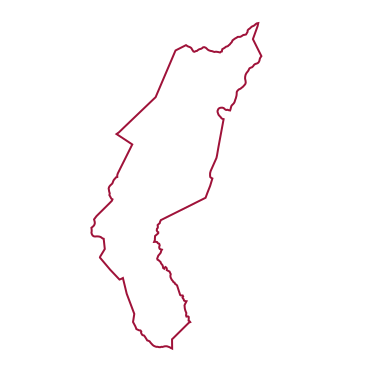 Jacobina, Bahia, Brazil (Albers equal-area conic projection), rotated 75°
{"feature_id": "56859067B82313605605441", "entity_name": "Jacobina", "entity_type": "district", "adm_level": 2, "iso_a3": "BRA", "parent_name": "Brazil", "parent_adm1": "Bahia", "projection": "albers", "projection_center": [-40.536, -11.082], "detail": "fine", "context": "isolated", "style": "outline", "palette": "rose", "viewbox_px": 384, "rotation_deg": 75, "n_neighbors": 0, "source": "geoboundaries", "source_scale": "gbopen_adm2", "svg_char_len": 4367}
<svg xmlns="http://www.w3.org/2000/svg" viewBox="0 0 384 384"><g transform="rotate(75 192 192)"><path d="M201.1,180.4L196.6,177.2L190.8,172.9L184.2,168.8L183.2,169.9L182.2,170.5L180.8,170.3L179.4,169.9L178.4,169.6L176.5,168.5L165.5,159.6L163.2,158.4L155.8,155.0L129.8,142.6L129.1,143.8L128.3,144.5L127.3,144.8L125.9,145.6L124.2,146.4L122.8,146.5L121.5,146.6L120.4,146.4L119.4,145.7L118.6,145.0L118.1,144.0L118.0,142.8L118.3,141.1L119.1,139.7L120.5,138.9L121.6,137.8L121.8,136.3L122.5,135.4L123.1,134.1L121.9,133.3L120.6,132.6L119.1,131.7L118.4,130.8L117.8,129.7L117.1,128.6L116.2,127.7L115.0,126.9L114.0,126.3L112.8,125.4L111.9,124.9L110.5,124.1L109.0,123.5L107.6,123.1L106.6,122.6L105.8,121.6L105.0,120.1L104.8,118.5L104.2,117.2L103.5,115.5L102.7,114.3L102.0,113.2L101.3,112.4L100.2,111.8L98.5,111.5L96.3,111.4L94.6,110.9L92.8,110.0L91.6,109.0L90.8,108.1L90.1,107.1L89.3,106.1L88.3,105.3L87.4,104.4L87.1,103.0L87.0,101.7L86.3,100.4L85.2,99.1L84.7,97.7L84.7,96.2L84.3,94.6L83.6,93.7L82.5,92.8L81.2,92.2L80.1,91.4L78.7,89.8L60.1,93.6L48.9,85.8L46.0,84.3L45.9,85.8L46.3,87.0L47.2,88.6L47.5,89.9L47.7,91.3L48.3,92.6L49.0,93.8L49.5,95.3L50.3,96.4L51.7,96.9L52.5,97.7L53.8,99.0L53.8,100.6L53.6,101.7L54.0,102.9L54.4,104.1L54.6,105.2L54.3,106.5L54.0,107.8L54.5,108.9L54.8,110.4L55.5,112.3L56.1,113.7L57.0,114.3L57.8,115.2L58.5,116.4L59.2,117.2L59.7,118.4L60.4,119.7L60.5,121.7L61.1,123.0L61.5,124.3L61.9,125.8L62.9,126.3L64.0,126.8L64.0,127.8L64.5,128.8L63.5,130.6L62.7,132.5L62.5,134.2L61.8,135.2L61.0,136.4L60.6,137.4L59.7,138.8L58.5,140.0L57.4,140.6L56.2,141.4L55.3,142.6L55.1,143.8L55.7,145.0L56.0,146.2L56.0,148.1L56.5,149.7L57.0,150.7L56.9,152.0L57.2,153.3L56.7,154.2L55.4,154.7L54.1,155.1L52.9,155.4L51.9,156.1L50.9,157.4L50.2,158.4L48.6,159.8L51.0,171.2L51.8,171.9L53.2,173.0L91.0,202.6L92.4,205.2L112.1,241.1L115.5,247.2L116.5,249.9L120.2,246.6L130.6,237.4L141.8,247.3L143.4,248.7L148.9,253.6L154.9,258.9L156.5,259.9L158.2,260.3L158.2,261.7L159.0,262.7L159.6,263.7L160.5,264.8L161.6,265.6L163.1,266.7L163.7,267.7L164.4,269.1L165.1,270.1L166.0,271.0L167.1,271.6L168.4,271.7L170.3,271.9L172.0,271.8L173.6,272.6L175.1,272.2L176.6,271.9L177.6,271.6L178.5,270.7L179.7,271.6L180.6,273.1L181.5,274.6L189.2,288.1L190.6,290.5L193.1,293.7L194.5,293.7L195.8,293.7L197.1,294.0L198.3,294.7L199.2,295.7L199.9,297.0L200.5,298.4L201.9,298.6L203.0,298.8L204.0,299.1L205.4,299.7L207.0,299.6L208.4,299.2L209.4,298.3L209.9,297.2L210.1,296.0L210.5,294.5L211.0,293.2L211.8,291.9L212.9,291.0L213.7,290.4L214.3,289.4L224.5,291.0L229.1,295.8L230.6,297.4L231.5,297.9L234.3,296.6L244.7,291.7L245.6,291.3L257.8,284.7L257.6,282.8L257.2,281.0L273.4,281.4L285.5,280.2L294.8,279.3L296.2,279.9L302.3,282.6L307.1,281.5L308.6,281.3L310.0,281.2L311.0,280.0L312.0,278.8L312.4,277.6L313.6,277.1L314.7,277.6L315.7,277.5L317.4,276.9L318.1,275.6L319.1,275.1L320.6,274.6L322.2,274.1L323.7,273.7L324.5,272.5L325.3,271.6L326.4,271.2L327.5,270.7L328.4,270.2L329.4,269.7L330.5,268.9L331.3,268.0L331.9,267.2L332.4,266.3L332.6,265.3L333.3,264.1L333.7,262.8L333.6,261.7L334.0,260.7L334.0,259.6L334.0,258.0L334.5,256.2L335.5,254.7L336.3,253.6L337.2,252.8L338.1,251.7L329.1,249.4L328.3,247.9L317.4,228.8L317.2,227.4L316.2,227.8L315.3,228.6L313.7,228.0L311.9,227.5L311.1,228.1L310.9,229.6L309.9,229.7L308.7,229.3L307.4,228.8L305.9,229.0L304.7,229.1L303.2,229.1L302.0,229.0L301.0,228.8L299.6,228.6L298.2,227.5L297.0,226.4L296.1,225.6L295.7,226.7L294.8,227.8L293.4,227.8L292.5,228.3L291.5,228.5L290.7,227.6L289.5,227.8L289.1,229.4L288.4,230.1L278.4,230.6L277.4,231.2L276.2,232.2L275.0,232.3L274.3,233.2L272.9,233.6L271.5,234.3L270.4,234.5L268.9,234.8L267.4,234.6L265.8,233.8L264.3,234.1L263.0,234.3L262.1,235.3L260.9,236.6L259.6,236.2L258.6,236.3L257.6,237.0L258.0,238.0L258.9,238.7L258.0,239.5L256.5,239.4L255.2,239.4L254.1,239.9L252.8,240.4L251.5,240.5L250.4,241.2L249.1,242.0L248.5,242.8L247.4,242.9L246.1,242.0L244.7,241.0L243.8,239.6L243.1,238.7L242.5,237.9L241.2,237.2L239.9,236.0L239.4,236.9L238.6,237.9L237.4,238.1L236.4,237.8L235.1,237.0L233.5,237.1L232.6,238.3L231.4,238.6L230.7,239.8L230.4,241.5L229.2,240.6L228.3,240.1L227.3,239.9L226.3,239.5L225.0,239.1L224.5,238.2L223.8,236.6L223.1,235.3L222.1,235.0L221.3,235.7L220.1,236.0L218.5,235.4L217.7,234.3L216.4,233.9L215.1,233.8L214.4,232.7L213.8,231.3L212.7,230.7L211.1,229.4L208.3,215.7L201.1,180.4Z" fill="none" stroke="#9f1239" stroke-width="2"/></g></svg>